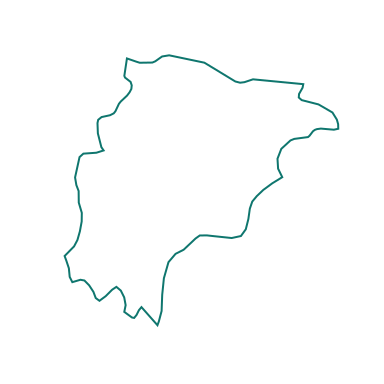 Bergamo, Mercator projection, rotated 19°
{"feature_id": "ITA-5443", "entity_name": "Bergamo", "entity_type": "Province", "adm_level": 1, "iso_a3": "ITA", "parent_name": "Italy", "parent_adm1": "", "projection": "mercator", "projection_center": [9.798, 45.758], "detail": "fine", "context": "isolated", "style": "outline", "palette": "teal", "viewbox_px": 384, "rotation_deg": 19, "n_neighbors": 0, "source": "natural_earth", "source_scale": "10m", "svg_char_len": 1450}
<svg xmlns="http://www.w3.org/2000/svg" viewBox="0 0 384 384"><g transform="rotate(19 192 192)"><path d="M283.1,68.0L298.9,71.1L305.4,76.4L308.1,80.3L309.7,84.6L305.9,86.9L293.2,90.1L289.6,91.9L287.9,93.3L286.6,95.2L284.8,100.6L283.8,102.3L271.4,108.5L268.3,111.2L262.4,122.1L262.0,132.7L265.8,141.9L272.5,148.6L265.1,157.6L259.8,165.3L258.8,166.7L254.6,174.8L252.1,181.4L252.1,188.9L254.1,199.2L255.0,209.7L252.6,217.7L244.5,222.6L225.9,226.9L220.1,228.2L213.5,230.6L210.5,234.8L202.9,249.3L196.6,255.8L192.6,266.0L193.5,282.7L197.3,298.9L202.0,314.4L202.8,325.2L202.7,328.9L202.7,329.2L181.7,317.3L180.3,321.0L179.6,326.3L178.3,329.9L176.1,330.2L167.0,327.4L166.1,320.6L162.2,313.7L156.8,308.4L151.4,306.3L148.3,310.4L144.3,318.6L139.9,325.0L135.5,323.6L131.3,318.5L125.1,313.7L119.1,310.7L115.1,311.3L108.2,316.2L104.0,312.1L100.4,304.2L95.5,297.8L92.4,294.0L98.2,281.8L99.3,274.7L98.8,265.7L97.3,255.8L94.6,247.6L88.4,238.9L84.5,228.0L80.4,223.1L76.7,216.3L74.3,195.6L76.8,191.1L88.8,186.0L94.9,181.5L91.7,179.1L83.9,167.2L80.2,157.6L79.8,154.3L82.1,150.6L89.5,146.1L92.4,143.1L93.3,140.6L94.2,132.4L95.2,129.6L99.2,122.0L100.5,118.1L101.1,114.3L100.3,110.8L98.1,107.9L91.4,105.6L90.2,104.2L87.0,86.9L97.2,86.9L100.5,86.8L112.4,82.5L114.7,80.4L119.6,73.6L125.9,70.2L161.6,65.7L197.0,73.4L201.9,73.0L205.8,71.1L213.0,65.6L262.1,53.8L262.6,57.4L261.3,64.5L262.2,67.9L265.8,69.4L283.1,68.0Z" fill="none" stroke="#0f766e" stroke-width="2"/></g></svg>